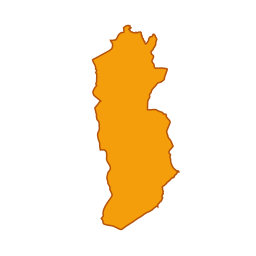 Dairi, Sumatera Utara, Indonesia (Robinson projection), rotated 50°
{"feature_id": "22746128B7455670127099", "entity_name": "Dairi", "entity_type": "district", "adm_level": 2, "iso_a3": "IDN", "parent_name": "Indonesia", "parent_adm1": "Sumatera Utara", "projection": "robinson", "projection_center": [98.276, 2.835], "detail": "fine", "context": "isolated", "style": "filled", "palette": "amber", "viewbox_px": 256, "rotation_deg": 50, "n_neighbors": 0, "source": "geoboundaries", "source_scale": "gbopen_adm2", "svg_char_len": 5658}
<svg xmlns="http://www.w3.org/2000/svg" viewBox="0 0 256 256"><g transform="rotate(50 128 128)"><path d="M49.6,85.1L51.4,85.5L53.2,85.6L53.8,86.0L54.2,86.3L54.6,86.5L54.9,86.8L55.6,87.4L56.9,89.6L56.7,92.8L53.7,107.7L53.0,110.7L53.0,111.3L53.7,111.7L55.3,112.2L58.3,112.8L59.4,113.2L61.1,114.0L61.5,114.3L61.9,114.9L63.2,114.8L63.7,115.0L64.3,115.8L64.8,117.1L65.5,117.3L66.2,117.0L67.0,117.7L67.6,118.2L68.9,119.2L70.6,120.8L70.8,121.0L72.4,122.3L73.1,123.7L73.4,124.1L74.1,124.6L75.2,124.5L75.4,125.3L75.8,127.5L76.9,130.3L77.6,131.4L78.6,132.2L79.2,132.6L80.9,133.1L83.2,132.8L86.1,132.2L87.6,132.0L89.9,131.5L90.0,131.6L89.8,131.9L89.6,132.6L90.0,134.0L90.5,136.2L91.3,140.5L93.2,141.5L94.1,141.8L95.4,142.6L97.6,143.5L98.7,144.7L101.0,146.0L101.5,146.2L102.0,146.3L104.1,146.3L105.1,146.6L106.6,147.7L109.7,150.0L111.3,151.7L111.7,152.9L112.4,154.2L113.3,155.3L114.0,155.9L114.7,156.4L117.6,158.0L120.9,159.2L121.6,159.6L123.7,161.3L124.9,162.0L125.9,162.7L127.2,163.3L127.3,163.2L127.6,162.1L128.1,161.7L128.5,161.5L129.5,160.3L130.8,159.9L132.2,160.0L132.9,160.2L134.2,161.1L136.1,162.6L137.8,164.3L138.1,164.4L139.5,165.1L140.5,165.4L141.7,165.6L144.9,166.1L146.2,166.5L146.7,166.8L147.8,167.7L148.2,168.3L148.6,169.1L148.8,169.8L148.8,170.7L149.1,171.6L150.2,173.3L152.4,176.0L153.0,176.5L154.1,177.1L155.5,177.6L156.3,178.2L157.3,178.8L158.5,179.2L160.4,179.5L162.2,180.1L162.9,181.0L163.3,181.3L164.1,181.6L167.5,182.5L168.6,182.9L169.3,183.5L169.9,184.5L170.7,186.9L171.3,189.4L171.8,191.3L173.0,195.0L173.8,196.8L174.6,198.5L175.3,199.6L176.9,201.6L177.4,202.1L178.6,202.8L179.6,203.8L179.8,204.4L179.9,205.4L180.1,206.6L182.2,206.7L184.0,207.5L185.0,208.2L185.9,208.2L188.0,207.0L190.0,205.4L192.0,203.6L194.1,202.1L194.6,202.0L195.4,201.5L199.8,199.6L200.8,199.0L201.6,198.0L201.8,196.8L201.8,195.9L202.0,192.5L203.0,184.8L203.4,179.7L203.9,176.1L204.2,174.8L204.2,174.0L204.3,173.3L204.4,171.1L204.6,169.4L205.0,167.5L205.8,164.8L206.1,162.8L206.2,162.1L206.1,159.7L206.2,157.0L206.6,155.9L207.6,155.8L207.3,155.5L206.6,155.5L206.3,155.4L206.1,155.0L206.1,154.4L205.5,153.7L205.6,153.1L205.5,152.7L205.6,152.3L205.3,151.5L205.1,150.3L205.1,150.2L205.4,150.0L205.3,149.7L205.2,149.4L205.0,149.1L204.9,148.5L204.8,148.4L204.7,148.1L204.1,147.3L203.9,146.9L203.7,146.7L203.8,146.4L203.7,146.2L203.3,146.3L202.6,146.2L202.3,146.0L202.0,145.6L201.7,145.3L201.6,145.0L201.4,144.8L201.3,144.5L201.0,144.1L201.1,143.6L200.9,143.1L200.5,143.1L200.0,142.8L199.2,141.7L198.7,141.6L198.3,141.4L197.6,141.3L197.0,140.9L196.9,140.6L195.2,139.6L195.1,139.4L195.1,138.2L195.3,137.8L195.3,137.5L195.2,135.6L195.3,134.3L195.2,133.8L194.7,133.5L194.6,133.2L194.8,132.0L195.1,131.2L194.8,130.4L194.8,130.0L194.6,129.5L194.7,129.3L195.0,128.8L194.6,128.0L194.5,127.0L194.7,126.7L194.7,125.7L195.3,124.9L195.4,124.6L195.1,124.2L194.7,123.9L194.7,123.2L194.2,122.5L194.2,122.2L194.4,121.5L194.3,120.3L194.0,119.5L193.5,118.9L193.7,118.6L194.0,117.7L194.3,117.5L194.4,117.4L194.1,117.1L193.5,117.0L192.2,118.1L191.5,118.4L190.7,118.6L188.1,118.9L185.7,118.6L184.0,118.1L181.6,117.2L179.1,115.3L177.5,114.7L177.1,114.4L176.5,113.8L176.3,113.2L175.7,112.6L175.4,112.5L174.8,112.7L173.5,112.7L172.8,112.2L172.5,111.8L172.0,110.8L171.6,109.6L171.7,109.1L171.3,107.1L171.1,105.5L170.9,105.2L170.4,104.9L169.1,104.7L168.0,104.2L166.7,103.8L164.2,103.3L163.8,103.2L162.8,103.4L162.3,103.4L160.4,103.0L159.6,102.5L159.0,102.2L157.4,101.6L156.0,101.0L155.2,100.2L154.8,99.6L151.1,92.6L150.1,91.6L148.8,91.4L145.6,91.5L143.8,91.4L142.9,90.4L142.0,90.2L141.6,90.3L140.8,91.4L140.2,91.4L139.8,91.9L139.5,91.9L139.1,91.6L138.4,91.6L138.1,91.7L136.0,93.0L133.3,94.3L132.3,94.6L131.7,95.0L129.9,97.0L129.7,97.3L129.4,98.0L128.1,99.6L127.4,100.3L126.6,101.3L125.7,100.7L124.9,100.0L124.4,99.4L123.2,98.5L120.0,95.5L119.8,95.2L118.5,91.8L118.2,91.4L117.7,91.0L116.8,90.6L116.2,89.9L115.9,88.9L115.7,87.7L115.5,87.3L115.2,87.0L115.1,86.8L114.8,86.6L113.8,83.9L113.7,82.4L113.7,82.1L113.2,78.8L112.8,77.5L112.7,76.3L112.8,75.7L113.8,73.9L114.0,73.3L114.2,70.2L114.2,69.5L113.7,68.3L113.5,68.1L112.8,67.8L112.6,67.5L111.9,66.0L111.3,65.3L110.9,64.2L110.1,63.2L109.7,62.3L108.2,60.1L107.7,60.1L107.3,60.3L105.9,61.6L104.8,62.6L103.8,63.5L102.7,64.9L102.5,65.3L101.8,66.1L100.3,67.8L100.0,68.5L99.7,68.7L98.3,68.7L97.9,68.6L97.2,68.0L95.8,67.2L93.6,67.2L92.8,66.8L92.4,66.8L92.0,66.6L91.5,65.9L91.2,64.9L90.4,63.4L89.6,62.4L89.0,62.2L88.0,62.2L86.7,62.4L86.5,62.5L85.4,62.0L84.5,61.5L84.1,59.8L84.1,58.6L83.5,57.7L83.2,56.7L83.0,55.7L82.0,53.3L80.2,51.6L78.7,49.1L78.2,48.7L77.9,48.6L76.1,48.4L74.6,47.8L73.2,47.8L72.7,48.0L72.4,48.4L72.5,48.9L73.3,50.3L73.2,50.5L73.3,51.0L72.5,52.2L72.4,52.9L72.5,53.2L72.8,54.3L74.1,56.1L74.6,57.3L74.9,58.2L75.0,59.5L75.0,60.4L74.7,60.5L73.3,60.5L72.9,59.8L72.4,59.5L72.2,59.5L71.7,59.8L71.2,59.9L70.7,59.7L69.5,59.0L69.3,59.0L68.9,59.3L68.5,59.1L68.2,58.9L66.6,58.5L66.5,58.3L66.4,58.0L66.2,57.9L65.6,58.0L65.3,57.9L64.8,57.6L63.7,56.8L63.2,56.6L62.7,56.7L62.3,57.0L61.6,58.0L61.4,58.2L61.3,58.3L61.4,59.1L61.3,59.5L60.8,60.1L60.3,60.1L59.9,60.2L59.7,60.5L59.5,61.7L59.3,62.0L58.3,62.6L57.9,62.9L56.9,63.3L55.9,64.0L54.6,63.8L53.9,63.9L53.5,63.6L53.3,63.7L53.2,63.9L52.9,63.8L52.7,63.5L52.7,63.2L53.2,62.8L53.1,62.7L53.2,61.9L53.3,61.7L53.1,61.3L52.8,61.5L52.1,61.3L51.7,61.4L51.3,61.8L50.9,61.5L50.8,61.2L50.7,61.0L50.4,61.4L50.2,61.4L49.8,61.7L48.9,62.9L48.4,64.6L48.4,66.7L48.5,67.1L49.3,67.5L51.4,68.9L51.7,69.2L51.9,69.5L51.9,69.9L51.8,70.2L51.1,71.1L50.6,71.9L50.4,73.3L50.5,74.4L50.5,75.0L50.8,75.8L51.2,77.0L52.3,79.3L52.5,80.6L52.3,81.3L51.6,82.2L51.3,83.0L50.9,83.6L49.6,85.1Z" fill="#f59e0b" stroke="#b45309" stroke-width="1.5"/></g></svg>